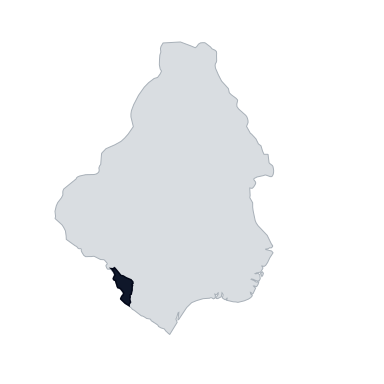 location of Baruten, Kwara, Nigeria, rotated 304°
{"feature_id": "59680162B46396512293260", "entity_name": "Baruten", "entity_type": "district", "adm_level": 2, "iso_a3": "NGA", "parent_name": "Nigeria", "parent_adm1": "Kwara", "projection": "orthographic", "projection_center": [3.396, 9.366], "detail": "fine", "context": "in_parent", "style": "filled", "palette": "ink", "viewbox_px": 384, "rotation_deg": 304, "n_neighbors": 0, "source": "geoboundaries", "source_scale": "gbopen_adm2", "svg_char_len": 5094}
<svg xmlns="http://www.w3.org/2000/svg" viewBox="0 0 384 384"><g transform="rotate(304 192 192)"><path d="M299.4,84.7L309.9,98.5L312.4,108.9L313.4,114.0L315.1,114.6L318.2,114.7L320.4,115.7L321.8,117.4L322.8,118.9L323.0,119.9L322.6,126.2L321.9,128.5L322.4,131.6L322.3,132.9L322.0,133.8L320.7,134.9L318.9,136.0L314.5,139.1L313.2,139.6L311.3,139.7L309.7,140.5L307.8,142.2L303.9,148.3L300.5,154.5L298.1,164.3L295.1,167.5L294.6,170.2L294.3,176.3L293.8,178.2L293.3,178.7L289.9,180.0L288.0,181.4L286.9,184.2L285.6,193.7L285.1,195.2L284.0,196.9L282.3,198.7L280.8,199.7L276.9,200.5L273.3,207.6L273.3,208.9L271.8,215.3L269.0,220.2L268.9,223.3L265.3,227.7L263.5,230.6L265.5,233.6L265.6,234.1L259.5,239.4L259.1,240.2L258.9,243.7L258.5,244.7L257.3,246.0L255.7,247.5L254.0,248.6L252.1,249.4L250.2,249.7L249.2,249.3L248.5,248.3L247.4,243.9L246.9,243.0L245.7,242.2L240.8,237.5L237.8,235.9L237.2,236.1L236.7,236.5L235.9,238.9L235.1,239.8L233.6,240.2L230.9,240.3L229.0,240.0L228.5,239.5L227.6,237.6L221.7,242.1L219.6,243.1L217.0,248.3L213.2,250.9L210.6,253.2L203.7,260.3L202.3,262.4L201.0,265.5L198.1,278.6L193.3,286.9L192.7,288.7L192.4,288.6L191.8,289.4L189.9,288.9L189.1,287.4L187.9,287.2L185.9,285.0L185.5,285.3L187.6,291.0L186.9,293.2L180.9,293.3L175.8,294.1L172.3,294.1L170.6,293.3L169.8,291.2L169.5,291.4L169.3,292.6L168.2,293.5L164.2,293.7L162.5,292.3L161.1,290.7L159.6,290.0L159.8,290.6L161.5,292.2L161.3,294.5L158.2,297.1L156.2,297.3L154.9,296.2L154.3,294.3L153.9,291.6L153.1,289.8L152.6,289.8L153.2,292.8L153.2,295.6L154.8,297.7L152.4,298.4L149.7,298.5L149.3,297.7L148.9,295.9L148.4,295.5L147.9,298.5L142.2,299.4L141.4,299.3L141.2,298.7L141.6,297.9L141.5,296.5L140.3,297.6L140.1,299.7L139.3,300.0L137.2,299.7L134.8,298.7L130.9,296.1L126.2,291.8L125.4,289.9L124.0,287.5L121.5,281.0L122.0,280.7L123.1,281.0L123.6,280.4L121.6,280.0L121.2,279.5L121.1,278.1L121.2,276.3L124.2,275.4L124.8,274.3L125.2,273.2L121.6,274.9L118.1,273.0L117.4,271.9L117.7,271.0L121.7,271.0L123.1,270.1L122.3,269.8L120.8,269.9L120.2,269.3L120.2,268.0L119.7,268.3L119.1,269.5L116.8,270.4L115.4,269.5L115.3,267.5L115.0,266.7L113.8,266.0L109.8,260.9L104.6,256.6L100.1,253.6L93.3,252.2L78.9,252.3L78.1,251.9L79.0,251.2L80.3,250.8L84.9,248.4L84.1,248.0L79.3,249.5L77.7,249.7L75.6,252.6L61.5,253.2L61.5,251.9L62.1,248.1L63.0,245.5L62.0,242.3L61.8,239.4L62.4,238.5L62.6,237.4L62.5,230.1L63.2,229.0L63.2,228.2L61.8,225.1L61.8,222.7L61.5,220.3L61.0,219.3L61.6,210.3L61.4,208.1L61.9,206.5L62.2,202.6L62.1,198.8L63.1,192.8L69.1,192.0L70.6,189.7L71.4,186.7L71.1,183.7L73.1,181.2L75.4,178.9L75.3,176.4L76.0,175.6L77.1,175.0L78.7,174.7L80.5,173.4L81.5,171.3L82.5,167.7L80.9,165.3L80.9,164.8L81.5,163.5L82.5,162.1L83.2,161.7L84.9,162.0L85.5,161.5L86.6,157.7L86.5,156.6L84.9,154.0L84.0,147.0L83.5,146.1L82.3,144.8L78.9,139.9L79.0,137.6L80.4,134.6L81.3,133.1L82.6,132.3L82.8,131.6L82.5,130.8L81.8,130.2L81.7,128.8L82.3,126.9L82.1,124.9L82.4,114.3L85.1,112.3L89.0,108.8L91.0,105.2L92.1,102.5L93.4,93.4L95.5,92.5L99.4,89.2L104.7,87.2L108.2,86.6L114.2,87.0L117.3,86.6L119.9,84.8L121.1,84.3L122.8,84.0L138.0,88.6L139.4,88.4L140.5,88.7L142.4,89.9L146.9,94.2L151.7,101.0L153.2,102.4L154.7,103.2L156.2,103.5L157.3,103.3L158.4,102.7L159.8,101.4L162.0,100.8L163.8,100.9L173.2,95.6L174.1,95.5L179.9,96.5L187.9,101.6L194.4,104.9L199.0,106.0L204.3,106.7L213.4,106.8L220.1,99.4L222.6,97.7L225.6,96.3L231.9,94.8L242.3,93.6L252.2,93.8L258.4,94.9L264.9,97.1L267.7,99.4L272.1,99.6L275.2,99.1L276.2,96.8L279.2,93.8L283.8,90.9L287.5,88.8L290.6,87.9L293.3,85.6L295.5,84.9L299.4,84.7ZM164.6,296.6L162.5,297.3L161.0,297.2L163.0,294.2L164.0,294.8L165.2,295.0L164.6,296.6Z" fill="#d9dde1" stroke="#a8b0b8" stroke-width="1"/><path d="M62.6,203.5L63.3,203.0L63.7,202.7L63.9,202.7L64.5,202.7L65.6,202.7L66.3,202.7L66.6,202.4L66.8,202.1L66.9,201.9L68.2,200.6L68.4,200.4L69.2,200.0L70.4,199.5L71.0,198.9L71.7,198.2L72.2,198.2L72.5,198.5L73.4,198.8L74.4,198.3L75.6,197.8L76.7,197.5L77.4,197.1L79.8,195.5L81.5,194.9L81.5,194.7L81.4,194.4L81.3,194.2L81.4,193.9L81.6,193.9L81.8,193.8L82.3,193.9L82.7,193.9L82.8,193.9L83.1,193.8L83.4,193.8L83.5,194.0L84.1,193.5L84.5,193.1L84.6,192.8L84.7,192.5L84.8,191.9L84.9,191.2L85.2,190.6L84.9,189.3L84.7,188.1L84.2,185.7L84.1,184.5L84.0,181.9L83.1,179.6L83.6,178.1L84.1,176.6L85.8,170.7L85.8,169.9L85.7,169.9L85.4,170.2L85.5,170.3L85.6,170.5L85.3,170.6L85.3,170.4L85.2,170.3L85.1,170.1L84.9,169.9L84.7,169.6L84.4,169.4L84.4,169.6L84.5,169.7L84.5,169.8L84.3,169.8L84.0,169.3L84.0,169.1L83.9,168.9L83.3,167.8L83.2,168.6L83.1,169.0L82.7,170.0L81.8,172.2L81.7,172.4L81.6,172.5L80.5,174.1L79.8,174.9L79.7,174.9L79.3,174.7L78.9,174.6L78.7,174.6L76.3,175.0L75.9,175.3L75.7,175.7L75.5,176.1L75.5,176.3L75.5,176.5L75.5,176.9L75.6,177.3L75.9,178.1L75.2,178.7L74.5,179.6L73.8,180.4L73.6,180.7L72.7,181.9L71.9,182.7L71.2,184.0L71.3,184.2L71.3,184.5L71.5,184.8L71.7,185.2L71.8,185.5L71.8,186.3L71.8,187.1L71.0,189.6L70.2,191.9L68.2,192.4L67.8,192.5L67.4,192.1L66.0,192.1L64.0,192.4L63.5,192.6L63.4,192.9L63.3,193.5L63.0,194.9L62.9,195.8L62.4,198.5L62.4,199.1L62.4,200.2L62.6,203.3L62.6,203.5Z" fill="#0f172a" stroke="#020617" stroke-width="1.5"/></g></svg>